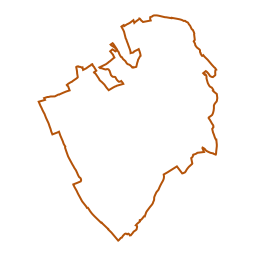 outline of Tatarani, Vaslui, Romania
{"feature_id": "2599482B87780685319921", "entity_name": "Tatarani", "entity_type": "district", "adm_level": 2, "iso_a3": "ROU", "parent_name": "Romania", "parent_adm1": "Vaslui", "projection": "mercator", "projection_center": [27.934, 46.697], "detail": "fine", "context": "isolated", "style": "outline", "palette": "amber", "viewbox_px": 256, "rotation_deg": 0, "n_neighbors": 0, "source": "geoboundaries", "source_scale": "gbopen_adm2", "svg_char_len": 5682}
<svg xmlns="http://www.w3.org/2000/svg" viewBox="0 0 256 256"><path d="M118.2,240.6L118.9,240.1L120.8,237.9L121.3,237.7L121.7,237.7L123.1,235.6L124.7,234.0L125.3,233.7L125.8,233.6L126.4,233.8L127.2,234.3L128.0,233.8L128.3,233.7L128.5,233.7L129.3,234.4L129.7,235.1L129.8,235.4L130.8,235.3L132.0,233.8L132.8,232.9L133.1,232.3L133.6,231.8L134.1,231.3L135.6,230.3L136.5,229.5L136.6,229.3L136.7,228.7L137.0,227.5L137.1,226.4L137.0,226.1L136.8,225.8L135.8,225.3L137.0,223.9L140.0,221.4L140.1,221.0L139.7,220.2L139.9,220.0L140.8,219.9L141.2,219.7L142.4,218.4L144.0,216.3L144.8,216.4L144.9,216.0L146.2,212.3L146.7,211.4L149.9,207.1L151.9,204.7L152.8,203.3L153.3,201.8L153.8,200.7L154.1,199.8L154.2,197.3L154.8,195.7L156.3,192.4L157.0,191.5L158.5,189.7L159.5,187.3L160.4,185.4L161.7,182.9L162.8,181.0L163.4,179.7L163.8,178.4L164.0,176.6L163.7,174.5L167.4,172.4L176.9,166.4L182.2,173.4L183.1,173.2L184.9,172.4L185.7,171.4L186.7,169.6L187.8,168.1L188.9,166.8L192.1,163.9L192.3,163.5L191.2,158.1L192.1,157.4L192.7,156.6L192.8,156.0L193.1,155.6L193.2,155.0L193.2,154.7L193.4,154.6L194.4,154.4L196.5,153.5L197.3,152.8L204.0,152.0L202.4,148.1L202.6,147.6L203.6,148.1L205.0,149.2L205.7,150.2L206.3,150.8L208.2,151.8L210.4,152.8L213.2,153.4L213.4,153.7L214.4,154.1L215.7,154.6L216.0,154.0L216.3,150.7L216.8,146.3L216.8,144.5L216.6,142.6L216.3,139.5L216.2,139.5L215.8,139.5L215.7,139.3L214.8,137.4L213.9,134.6L213.0,132.4L212.2,128.9L213.3,127.4L213.4,127.2L213.2,127.0L213.4,126.3L213.2,125.3L212.0,123.6L209.8,119.7L208.8,118.4L208.6,117.9L208.8,117.4L210.8,116.0L212.1,115.0L212.7,113.8L213.1,112.7L213.6,110.7L213.9,108.4L213.9,105.5L214.4,104.3L215.6,102.6L216.6,101.5L216.9,100.6L217.3,98.0L216.8,94.0L213.8,91.6L213.0,90.8L213.4,90.5L213.3,89.9L212.3,88.3L211.8,87.6L211.2,87.3L210.1,86.7L209.5,86.1L209.0,85.3L207.9,83.3L207.4,81.7L206.5,78.4L206.5,77.1L206.5,76.3L206.0,75.1L205.5,74.5L205.2,74.8L204.7,74.4L204.5,74.6L203.2,73.2L205.8,71.1L207.0,72.0L207.9,73.0L208.8,74.1L210.1,76.1L211.4,76.8L212.9,77.1L215.2,75.2L215.3,74.9L215.3,74.3L215.2,72.4L215.3,71.0L215.4,70.2L215.7,69.9L216.2,69.7L215.2,68.1L214.1,67.2L211.8,64.7L207.6,59.7L204.4,56.6L203.3,55.2L202.8,55.7L202.5,55.9L202.1,55.9L201.9,55.4L201.3,54.9L201.1,54.2L200.9,53.9L200.6,53.7L200.5,52.6L200.1,52.2L200.0,51.9L200.0,50.3L199.6,49.6L198.6,48.8L196.8,47.4L195.3,45.3L195.2,44.6L195.0,43.7L194.2,42.0L193.9,41.7L193.7,41.3L194.4,40.3L194.8,39.9L194.1,34.2L194.3,33.6L193.9,32.3L193.2,30.7L192.8,29.9L192.1,29.5L191.5,28.7L190.1,25.7L188.9,24.3L188.4,23.3L187.8,22.5L187.4,22.3L186.7,22.0L186.1,21.7L185.7,21.3L185.2,20.9L184.5,20.8L183.9,21.0L181.7,19.9L179.6,19.3L177.1,18.8L171.6,17.8L171.5,18.2L166.4,17.3L164.9,17.2L158.6,15.7L156.8,15.4L154.0,15.4L152.7,15.9L152.3,16.4L150.2,17.2L150.2,19.1L150.7,20.5L143.0,22.0L142.2,21.2L141.5,20.8L140.2,19.1L139.7,18.6L139.4,18.5L139.3,18.9L139.1,19.1L135.2,22.0L134.3,22.9L133.4,20.2L130.1,22.7L128.5,23.6L127.2,24.2L124.1,26.1L123.7,25.1L122.2,26.0L121.4,26.6L123.3,30.1L124.0,31.6L125.7,38.4L126.4,39.7L126.7,40.8L127.3,42.4L127.9,43.9L128.4,45.4L129.9,49.4L130.2,50.4L130.5,51.9L130.6,53.1L131.8,52.7L132.0,52.8L132.6,52.7L133.2,52.5L133.6,52.2L134.2,51.4L135.8,50.6L137.5,49.8L138.7,49.1L139.5,51.2L140.0,52.8L140.4,54.4L140.6,55.8L140.4,55.9L140.1,56.1L138.0,60.0L137.9,60.8L137.2,62.9L136.3,66.8L135.7,67.0L133.2,67.6L132.9,67.1L132.2,67.4L131.3,66.3L130.1,65.2L129.1,64.6L127.8,64.2L126.8,63.4L125.8,61.8L125.4,61.1L124.0,59.9L122.9,58.9L122.4,58.1L122.2,57.6L121.9,57.2L120.9,56.8L119.5,54.4L118.6,52.0L117.6,50.8L117.1,49.9L117.1,49.6L113.3,43.9L112.6,43.2L110.6,44.6L111.2,45.3L114.7,47.5L115.3,48.1L116.2,49.2L116.8,49.6L116.8,50.0L115.6,51.4L114.7,51.0L114.0,50.3L112.4,49.4L110.2,51.3L113.1,54.8L113.1,55.1L114.4,57.6L113.6,58.1L109.6,61.5L108.7,62.0L108.3,62.5L106.0,64.2L100.9,66.7L99.4,67.4L100.1,68.1L101.0,68.1L102.2,68.4L104.1,69.1L105.9,69.5L106.9,69.1L107.7,69.1L108.5,69.4L109.6,70.9L111.0,75.1L112.1,76.3L112.9,76.8L114.7,76.9L115.3,77.1L115.7,77.7L116.1,78.6L117.1,80.1L118.7,81.7L119.7,81.7L120.7,81.4L121.2,81.0L122.7,82.8L123.1,83.5L123.3,83.9L116.6,85.8L116.1,86.2L115.1,86.5L113.2,87.5L108.7,90.2L106.5,87.6L104.4,84.6L101.8,82.0L100.3,80.8L99.4,79.8L99.1,79.0L98.0,77.3L95.5,73.6L94.3,72.8L94.0,72.3L96.3,70.7L94.6,68.0L94.0,66.9L93.1,66.0L92.3,64.2L91.4,64.5L90.7,65.4L89.6,65.9L86.1,68.4L83.1,69.9L82.5,67.4L81.8,67.7L81.3,67.3L80.3,66.9L79.1,66.9L79.0,66.7L78.6,66.4L78.2,66.5L77.3,66.4L77.2,66.6L76.2,67.1L76.6,69.0L76.9,70.6L77.1,72.3L77.1,73.2L77.7,76.6L77.7,77.4L76.7,78.3L72.9,80.9L71.8,81.8L70.6,82.3L69.2,83.2L68.3,83.7L66.8,85.0L67.3,85.7L68.0,86.1L68.2,86.5L69.6,90.4L66.2,91.5L62.6,93.0L59.7,94.3L59.2,94.6L58.9,94.5L58.5,94.5L54.8,96.4L50.5,96.5L48.4,97.0L47.4,97.0L45.9,97.5L44.1,98.1L44.7,99.3L45.0,99.9L43.0,100.5L38.7,101.7L40.4,105.7L41.6,108.0L42.5,110.1L44.0,113.0L44.4,113.6L46.0,117.8L48.6,123.4L49.7,126.7L50.6,129.1L51.2,131.4L52.4,134.4L57.1,132.6L59.0,131.7L60.3,135.5L62.8,141.3L63.6,143.7L64.6,145.5L65.2,146.4L65.3,146.5L65.1,147.2L65.1,147.8L66.4,151.6L68.1,156.4L69.5,159.1L70.3,160.6L72.3,164.3L73.6,166.5L74.4,168.0L75.9,170.2L77.2,173.0L77.8,174.5L79.0,176.9L80.4,178.0L80.7,178.6L81.0,179.2L81.1,180.0L81.1,180.4L80.7,181.4L76.9,183.0L75.6,183.5L73.3,184.4L73.6,185.3L74.0,185.8L74.3,186.7L76.7,190.9L77.1,191.8L77.8,193.3L78.9,195.4L79.8,197.0L82.1,201.3L86.2,206.5L86.7,207.4L87.3,208.5L87.3,208.1L87.4,207.9L87.9,207.8L88.3,208.4L89.1,209.5L89.7,210.6L91.4,212.9L92.5,214.2L94.5,216.3L101.2,222.8L101.5,223.0L101.8,223.0L101.9,222.8L102.0,222.9L102.0,223.1L107.1,228.0L107.8,228.6L108.3,228.9L108.4,229.2L108.4,229.4L108.3,229.5L111.4,232.5L118.2,240.6Z" fill="none" stroke="#b45309" stroke-width="2"/></svg>